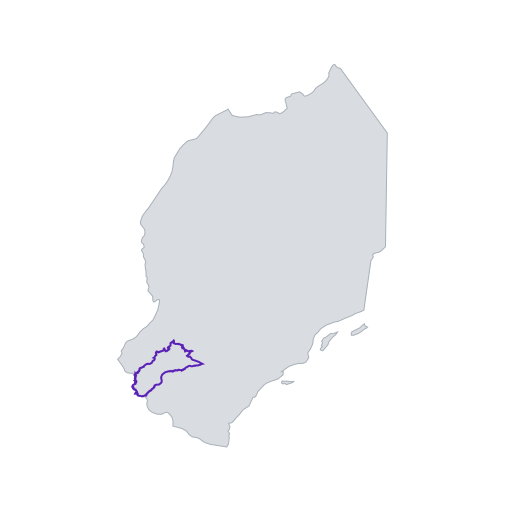 Namtumbo, Ruvuma, United Republic of Tanzania shown in context, rotated 54°
{"feature_id": "72390352B4837835329020", "entity_name": "Namtumbo", "entity_type": "district", "adm_level": 2, "iso_a3": "TZA", "parent_name": "United Republic of Tanzania", "parent_adm1": "Ruvuma", "projection": "equal_earth", "projection_center": [36.206, -10.673], "detail": "fine", "context": "in_parent", "style": "outline", "palette": "violet", "viewbox_px": 512, "rotation_deg": 54, "n_neighbors": 0, "source": "geoboundaries", "source_scale": "gbopen_adm2", "svg_char_len": 9228}
<svg xmlns="http://www.w3.org/2000/svg" viewBox="0 0 512 512"><g transform="rotate(54 256 256)"><path d="M208.0,357.0L203.9,354.1L200.3,352.4L197.3,350.5L196.0,348.6L193.2,347.9L190.7,347.6L188.5,345.9L183.9,345.3L183.4,344.1L183.3,341.6L182.5,340.9L180.8,340.2L179.0,340.3L177.9,340.6L177.2,340.4L175.7,338.9L174.3,337.0L173.8,334.0L171.7,332.0L169.3,330.5L162.5,330.6L161.4,330.1L159.8,328.6L157.9,326.0L156.4,323.1L155.1,319.1L153.7,313.8L145.8,292.4L145.0,288.4L143.5,283.9L141.0,278.4L138.3,274.3L134.8,270.6L130.7,266.9L128.5,264.4L124.3,254.3L123.4,249.6L122.8,244.7L123.0,242.8L125.6,236.5L125.9,234.7L125.5,232.3L124.2,227.3L122.6,221.2L119.2,210.1L118.7,207.3L118.8,205.2L120.7,193.9L120.7,192.3L128.4,192.6L134.1,187.6L139.0,180.2L140.0,177.1L142.0,172.4L144.0,170.0L144.7,168.4L145.8,163.7L148.4,160.5L150.9,158.0L150.4,156.3L150.8,155.6L152.2,154.4L154.8,153.2L155.4,150.8L155.4,148.0L154.9,146.4L155.0,144.6L154.6,143.6L152.8,143.3L150.2,141.9L148.0,141.3L146.5,140.5L146.0,139.9L145.8,138.2L147.0,133.9L145.8,132.1L148.5,125.0L148.9,124.1L149.9,124.0L151.5,123.2L152.9,122.9L154.1,123.1L155.0,122.8L155.7,122.0L156.4,119.6L156.9,115.5L156.6,112.2L155.5,109.7L155.2,105.8L155.7,100.6L155.3,96.2L154.1,92.7L152.8,90.7L150.8,89.7L147.8,84.4L146.8,81.8L147.0,80.2L148.1,79.5L150.0,79.8L151.8,79.1L153.6,77.7L155.2,77.3L156.1,77.5L233.7,77.5L324.3,145.6L324.7,146.4L325.4,152.3L325.2,154.3L323.8,157.6L323.4,159.4L323.4,160.6L323.8,161.1L324.9,161.3L326.0,162.1L326.3,162.7L327.1,165.3L328.1,166.5L362.5,199.9L363.2,200.4L362.8,203.2L360.8,210.0L360.7,212.8L359.9,216.2L359.2,218.4L357.2,227.9L355.5,231.5L353.2,239.9L352.9,246.2L354.1,250.7L354.6,254.9L357.2,259.0L359.3,260.5L360.8,262.4L363.3,266.7L364.7,271.0L369.3,273.1L371.1,277.9L370.4,281.3L368.3,284.0L366.3,288.5L364.7,294.3L364.6,303.3L365.7,301.9L368.1,304.1L368.4,310.7L365.9,318.4L365.1,322.0L365.0,325.0L366.8,334.2L369.5,338.9L369.3,340.4L368.6,341.6L373.2,349.8L372.8,357.0L374.5,362.6L375.3,367.5L376.4,371.2L376.6,373.7L375.2,376.6L378.6,377.3L380.6,379.6L381.5,381.8L384.0,381.7L385.3,383.3L387.2,384.5L391.4,388.3L392.6,390.1L393.3,391.9L381.5,403.7L377.3,406.7L374.3,408.1L371.1,408.9L368.0,410.7L365.1,413.7L361.4,415.1L356.9,415.1L352.2,417.2L344.8,423.2L340.4,419.9L337.1,418.8L333.2,418.9L330.8,419.3L329.9,420.1L329.2,422.1L328.5,425.5L326.0,428.8L321.5,431.9L317.3,433.0L313.5,432.3L311.0,431.0L309.7,429.1L307.7,428.3L305.1,428.5L302.6,429.7L300.2,432.2L296.4,433.2L291.2,432.9L288.4,431.7L288.0,429.7L285.7,427.3L281.5,424.6L278.4,424.6L276.5,427.2L274.7,428.8L273.0,429.5L271.6,429.6L269.4,428.9L263.7,428.6L258.2,428.7L257.6,424.9L256.5,422.6L255.5,421.2L253.6,420.9L253.1,419.8L252.5,417.5L251.5,415.5L250.3,413.8L249.6,412.3L249.3,410.8L249.5,409.3L250.6,405.4L251.0,402.8L250.9,400.0L250.2,397.2L248.9,393.9L249.1,393.0L248.6,390.7L248.6,389.1L248.8,387.1L248.6,384.5L247.4,379.0L247.4,377.6L246.2,374.9L242.6,368.5L242.4,367.7L236.7,361.3L234.4,359.9L233.6,361.1L233.3,362.2L233.5,364.2L233.4,365.3L233.2,365.7L231.8,365.7L230.9,365.4L228.8,363.7L227.1,363.3L222.9,363.6L221.4,364.0L220.3,363.6L218.1,360.7L215.5,360.0L213.1,359.9L209.3,356.6L208.0,357.0ZM369.9,249.7L371.8,256.8L371.6,258.1L370.2,258.9L369.5,259.0L368.7,257.9L368.1,255.5L367.1,256.0L365.4,253.2L363.7,253.1L362.2,249.7L362.8,246.7L362.5,241.6L364.3,239.0L365.3,234.7L366.5,237.7L366.8,242.3L368.4,247.8L369.9,249.7ZM379.1,207.5L379.3,209.2L378.9,210.8L379.0,215.8L378.8,219.2L377.4,223.8L376.2,225.4L375.2,224.9L374.4,224.2L373.7,222.9L375.1,214.4L374.4,208.2L377.0,208.8L379.1,207.5ZM375.1,309.6L373.7,310.0L373.2,309.6L372.4,308.2L373.8,307.0L375.2,304.7L378.4,301.4L379.9,298.7L379.7,301.3L377.9,307.0L376.3,307.4L375.1,309.6Z" fill="#d9dde1" stroke="#a8b0b8" stroke-width="1"/><path d="M311.7,362.8L311.1,363.1L310.9,363.3L308.1,364.5L305.8,366.0L302.5,368.4L301.8,368.6L301.0,368.5L300.4,368.3L300.0,368.4L299.5,368.6L298.5,368.6L298.1,369.4L297.5,370.0L296.9,370.4L296.2,370.5L296.1,369.0L295.9,368.3L295.8,368.1L296.0,367.7L295.8,367.3L295.9,367.1L295.5,366.3L295.1,366.3L294.8,365.6L294.8,365.3L294.9,365.2L295.1,365.1L295.1,364.8L295.3,364.0L295.1,364.0L295.2,363.6L294.8,363.8L294.6,364.2L294.7,364.7L294.4,364.8L294.4,365.1L294.2,365.2L294.1,365.6L293.9,365.5L293.7,365.7L293.7,366.2L293.5,366.6L293.0,367.0L291.9,367.4L291.8,367.5L291.7,368.5L291.5,368.4L291.2,368.8L291.0,368.7L291.0,368.8L290.9,368.7L290.8,369.1L290.4,369.0L290.4,368.9L289.9,368.8L289.6,368.7L289.2,368.8L289.2,368.7L288.2,368.9L288.0,368.7L287.8,368.8L287.8,368.7L287.6,369.1L287.5,368.9L287.3,369.1L287.2,369.1L287.2,369.4L286.9,369.4L286.7,369.4L286.6,369.2L286.5,369.4L286.3,369.3L286.1,369.4L285.9,369.1L285.8,368.7L285.7,368.7L285.4,368.6L285.6,368.0L285.2,367.8L285.0,368.0L284.8,367.9L284.5,368.4L284.6,368.6L284.5,368.4L284.1,368.6L283.8,368.8L283.7,368.9L283.6,369.1L283.4,369.0L282.6,369.5L282.2,370.0L282.1,369.9L281.8,370.1L281.7,370.2L281.8,370.4L280.9,371.2L279.9,372.8L278.9,373.2L278.1,374.0L277.7,373.8L277.2,373.1L277.1,372.7L276.7,372.6L276.5,372.3L276.3,372.2L276.0,372.2L276.3,373.1L276.2,374.6L276.2,376.2L276.3,376.5L276.7,376.6L277.0,376.9L278.3,377.9L278.3,378.7L278.4,379.0L278.1,379.5L278.1,380.3L278.2,380.6L278.2,381.1L278.4,381.3L278.6,381.3L279.0,381.1L279.4,380.6L279.9,380.5L280.3,380.7L280.5,381.5L280.5,382.6L280.5,382.8L280.3,382.7L280.4,383.0L280.2,383.5L280.2,384.9L279.7,385.1L279.0,385.1L278.5,385.0L278.4,384.9L277.8,384.9L277.6,384.7L277.2,384.6L277.2,384.8L277.4,385.0L277.2,385.0L277.3,385.2L277.2,385.4L277.8,385.6L277.9,386.0L278.0,386.4L278.0,387.0L277.7,387.3L277.4,388.8L277.1,389.1L276.9,389.5L276.9,389.8L277.0,390.0L276.9,390.3L277.0,390.5L276.6,391.0L276.7,391.4L276.5,391.7L276.1,391.7L276.0,391.9L275.3,392.1L275.0,392.4L275.3,392.7L275.3,392.9L275.1,393.3L275.2,393.6L275.7,394.1L276.3,394.1L276.7,394.5L277.5,394.7L277.6,396.4L278.2,397.3L278.2,398.5L278.7,398.1L279.0,398.2L279.8,398.4L280.4,399.6L280.4,400.3L280.2,400.8L280.3,401.6L281.1,402.9L281.0,405.1L280.0,406.4L279.9,406.8L279.6,406.9L279.5,407.4L279.2,407.8L279.1,408.2L279.0,409.2L279.1,409.6L279.1,411.2L279.4,411.7L279.7,412.0L279.5,412.5L279.2,412.7L279.1,413.5L279.2,413.8L279.2,414.3L278.5,415.3L278.5,415.5L278.7,415.8L278.7,416.0L278.8,416.2L278.7,416.4L278.8,416.6L279.2,416.7L279.5,417.1L279.6,417.3L280.0,417.3L280.3,417.9L280.2,418.1L280.4,418.3L280.3,418.5L280.5,418.9L280.2,418.8L280.3,419.2L280.4,419.3L280.4,419.5L280.5,419.4L280.4,419.6L280.6,419.7L280.4,420.0L280.5,420.2L280.4,420.2L280.4,420.4L280.5,420.3L280.5,420.7L280.6,420.9L280.7,421.2L280.8,421.3L280.8,421.7L280.6,421.7L280.6,421.9L280.5,422.0L280.7,422.4L281.0,422.9L280.9,423.1L280.4,423.0L280.6,423.2L280.5,423.3L280.5,423.6L280.3,423.5L280.6,423.8L280.7,423.6L280.9,423.6L281.4,424.0L281.9,424.0L282.2,423.5L282.3,423.5L282.5,423.9L282.7,424.9L282.8,425.0L282.9,424.5L283.1,424.8L283.3,424.7L283.5,425.2L283.9,425.6L284.1,425.5L284.7,425.9L284.7,426.2L285.2,426.9L285.3,427.4L285.6,427.3L286.3,426.9L286.3,426.6L286.5,426.4L286.8,426.6L286.8,426.9L286.7,427.4L286.9,427.8L287.3,428.0L287.4,428.3L287.7,428.4L288.0,427.7L288.3,428.3L288.6,428.7L288.5,429.0L288.3,429.4L288.3,430.0L288.1,430.5L288.2,431.0L288.1,431.4L288.4,432.0L289.0,432.9L289.5,432.5L290.3,432.3L290.5,432.5L290.6,433.2L290.9,433.3L291.5,433.2L291.8,432.9L292.4,433.0L293.1,432.0L293.6,432.2L293.9,432.0L294.6,432.1L295.7,432.0L296.4,432.6L296.0,433.8L296.1,434.3L296.3,434.7L297.1,433.7L297.3,433.6L297.7,432.6L298.0,432.7L298.4,433.0L298.5,433.3L298.8,433.6L299.3,433.6L300.5,432.7L301.2,431.8L302.5,430.9L302.7,430.6L302.8,429.8L303.2,429.6L303.4,427.8L304.3,427.1L304.4,426.8L304.3,426.6L303.6,426.4L303.5,425.9L303.1,425.5L303.1,425.2L303.3,424.9L303.2,424.7L303.3,424.4L303.0,424.1L303.0,423.7L302.8,423.4L302.9,423.1L302.8,422.9L302.9,422.5L302.8,422.0L302.6,421.6L302.8,421.5L302.8,421.3L302.9,421.2L302.9,420.6L303.0,420.2L302.8,420.2L302.9,419.6L302.7,419.2L302.7,418.9L302.5,418.7L302.6,418.4L302.5,418.2L302.5,417.8L302.6,417.7L302.6,417.2L302.5,416.9L302.6,416.4L302.5,416.0L302.3,416.1L302.2,415.7L302.1,415.8L302.0,415.7L301.6,414.9L301.3,414.3L301.4,414.2L301.3,413.6L301.2,413.4L301.3,413.0L301.4,412.6L302.8,410.3L303.0,409.8L302.9,407.9L302.8,407.3L302.5,406.5L302.1,406.1L301.2,405.4L298.9,404.4L298.1,403.7L297.1,402.1L296.8,401.3L296.7,400.9L296.8,400.1L296.7,399.2L296.7,397.8L297.3,396.0L297.6,395.4L297.7,394.8L298.2,393.9L298.6,393.8L298.8,392.8L298.9,392.7L298.9,392.4L299.5,392.1L299.8,392.0L299.9,391.8L300.1,391.5L300.1,391.2L300.4,391.2L300.4,390.5L300.8,390.4L300.8,389.8L300.7,389.7L300.8,389.4L300.9,389.2L300.7,389.1L300.8,388.6L301.1,388.1L301.4,388.0L301.8,387.4L302.3,387.1L302.4,386.9L302.3,386.6L302.3,386.1L302.6,385.9L302.5,385.5L302.8,385.2L303.0,385.2L303.3,384.7L304.3,383.9L304.5,383.6L304.5,383.3L304.6,383.0L305.0,383.2L305.0,382.5L305.2,382.3L305.0,381.9L305.2,381.7L305.0,381.4L305.0,381.2L305.3,380.9L305.3,380.4L305.5,380.4L305.6,380.1L305.4,379.8L305.2,379.6L305.0,378.2L305.3,377.3L305.4,377.2L305.3,376.3L305.6,374.6L305.9,374.1L306.8,373.5L307.5,372.8L307.8,372.3L308.6,370.0L308.8,369.8L309.1,369.8L309.4,368.5L310.1,367.8L310.4,367.3L311.0,365.4L311.2,365.2L311.3,364.2L311.5,363.3L311.7,362.8Z" fill="none" stroke="#5b21b6" stroke-width="2"/></g></svg>